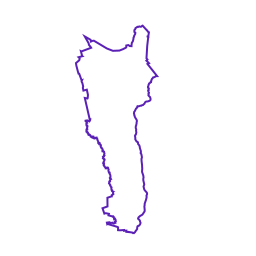 outline of Pesquería, Nuevo León, Mexico, rotated 70°
{"feature_id": "50627088B93761712113478", "entity_name": "Pesquería", "entity_type": "district", "adm_level": 2, "iso_a3": "MEX", "parent_name": "Mexico", "parent_adm1": "Nuevo León", "projection": "albers", "projection_center": [-99.931, 25.747], "detail": "fine", "context": "isolated", "style": "outline", "palette": "violet", "viewbox_px": 256, "rotation_deg": 70, "n_neighbors": 0, "source": "geoboundaries", "source_scale": "gbopen_adm2", "svg_char_len": 5901}
<svg xmlns="http://www.w3.org/2000/svg" viewBox="0 0 256 256"><g transform="rotate(70 128 128)"><path d="M228.8,158.4L228.3,157.1L227.3,155.9L227.0,155.2L226.3,154.4L226.1,154.0L224.3,153.2L223.6,152.6L223.5,152.0L223.6,151.7L223.6,151.3L222.9,149.9L222.1,149.1L221.2,148.6L220.0,148.7L219.0,148.5L217.7,149.0L217.2,149.4L216.6,149.5L216.3,149.3L215.8,148.9L215.5,148.5L214.7,146.4L214.6,145.1L214.2,143.9L212.0,140.9L210.9,140.4L207.2,139.4L206.3,138.8L204.8,138.2L201.7,135.7L199.8,134.4L199.0,134.0L198.1,133.9L196.5,132.6L195.5,132.4L194.9,132.5L192.1,133.6L191.3,133.7L190.5,133.7L189.4,133.5L188.5,133.5L186.5,132.0L182.4,131.5L180.9,131.0L179.8,130.3L177.9,129.9L174.0,129.8L170.5,128.3L169.9,128.2L167.8,127.5L163.9,126.6L161.6,125.9L160.9,125.3L160.2,124.9L157.3,124.4L155.8,124.7L155.3,124.2L154.0,123.8L151.0,123.7L149.6,123.4L148.2,123.3L146.8,123.9L146.3,123.9L146.0,123.8L145.0,123.6L144.2,123.8L143.9,124.4L143.4,124.6L142.1,124.9L141.0,125.0L139.8,124.5L137.7,124.1L137.3,123.5L136.9,123.3L136.6,122.7L135.1,121.7L133.1,121.3L132.3,120.8L130.5,120.7L128.9,120.0L128.5,119.5L127.9,119.2L126.7,118.4L125.9,118.1L124.4,117.2L123.1,117.1L121.5,117.5L119.6,117.8L118.9,117.6L117.9,117.7L117.3,117.4L116.5,117.5L115.0,116.7L114.6,116.0L112.5,113.8L111.9,112.4L111.1,112.0L110.8,111.7L110.8,111.4L111.3,110.5L111.3,108.7L111.6,107.8L111.4,107.3L111.5,105.9L111.1,105.2L110.8,104.2L109.8,103.3L109.4,102.3L109.4,101.7L109.8,100.3L109.8,98.5L109.7,98.0L109.2,97.2L108.2,96.8L106.5,96.7L105.3,97.3L104.5,97.6L104.1,97.6L103.3,97.0L102.8,97.0L102.7,96.7L102.0,96.2L101.3,96.4L99.7,96.3L99.4,96.0L99.4,95.6L97.7,95.3L97.4,95.2L97.5,95.0L97.4,95.0L96.6,95.3L95.9,95.0L95.3,94.3L94.4,93.9L93.8,93.2L93.4,93.0L93.3,92.2L92.8,91.3L92.5,91.0L92.7,90.6L91.4,89.9L90.7,89.3L90.0,88.6L89.6,87.7L89.1,87.2L89.1,86.9L89.2,86.1L89.2,85.4L88.8,84.1L89.2,82.9L74.5,87.8L74.3,86.1L71.4,87.5L71.4,87.3L70.9,87.5L70.3,86.3L68.9,86.8L68.4,86.6L57.5,81.9L50.7,78.5L49.7,77.8L48.9,78.4L48.7,78.3L49.0,77.7L45.2,75.6L44.4,76.3L42.9,76.6L42.8,76.8L37.0,79.2L37.0,79.5L36.8,79.6L37.3,81.1L36.9,82.1L36.4,82.7L36.5,84.0L36.1,84.6L36.4,85.4L36.7,86.8L37.7,87.5L38.1,88.4L38.4,88.6L39.8,89.1L40.3,89.1L40.6,88.7L40.9,88.5L42.0,89.0L43.6,90.8L44.3,91.1L44.8,91.8L46.6,92.7L48.3,93.9L49.2,95.2L51.2,96.3L52.3,96.7L51.6,98.3L50.2,99.3L49.9,101.4L51.5,102.0L51.8,102.5L52.2,105.7L52.3,109.6L50.3,115.8L46.1,120.6L34.3,130.2L33.9,132.1L34.1,133.2L32.3,133.0L27.2,137.3L34.9,136.0L36.5,136.3L39.0,135.4L40.0,135.2L40.1,145.6L39.7,146.0L44.0,146.4L44.6,146.5L44.9,146.3L44.6,150.2L45.6,149.7L46.3,149.7L47.7,150.7L49.2,154.7L51.8,155.2L58.2,155.8L60.0,155.9L60.3,155.3L67.1,155.3L67.1,155.1L67.4,155.1L67.4,154.9L68.1,155.6L69.1,155.7L70.1,155.5L73.6,155.9L74.8,156.7L77.6,157.1L77.9,153.6L83.2,154.3L86.0,155.6L86.4,156.0L85.0,158.3L106.5,161.0L106.8,160.4L107.7,160.9L108.6,162.0L106.9,163.7L106.6,165.4L106.9,165.5L107.5,164.7L107.9,164.6L108.2,164.9L109.2,164.7L109.3,165.5L110.8,166.0L111.4,166.1L111.7,165.5L112.3,165.4L112.6,165.9L113.1,165.9L113.9,166.3L114.0,166.5L114.6,166.6L114.4,166.8L115.5,167.7L116.1,167.7L116.4,168.0L116.9,167.7L117.1,167.7L117.3,167.8L117.5,168.2L118.0,167.9L118.5,167.3L118.9,167.6L119.1,167.4L120.9,167.5L121.6,166.6L121.2,166.3L121.5,166.1L122.5,165.7L123.4,166.0L123.8,165.5L124.2,165.3L123.9,164.0L124.2,163.5L124.9,163.8L125.5,163.6L125.6,164.0L125.7,163.9L125.6,163.3L125.8,162.6L126.4,162.8L126.6,161.5L126.3,161.1L126.3,160.9L126.8,161.0L127.2,160.6L127.6,160.8L128.0,160.6L129.0,160.8L130.7,160.6L131.3,160.7L131.7,161.1L132.2,161.1L132.5,160.9L132.8,160.5L132.6,160.3L132.2,160.1L132.3,159.8L132.6,159.8L133.0,160.0L133.4,160.4L133.6,160.5L134.0,160.0L134.1,159.6L134.4,159.4L135.1,159.4L135.5,159.6L135.9,160.0L136.6,160.0L137.1,160.0L137.5,159.5L138.2,159.7L138.9,159.2L139.4,159.1L140.6,159.5L140.7,159.9L141.2,160.0L141.4,159.6L141.2,159.4L141.2,159.1L141.7,158.8L142.1,158.6L142.5,158.8L143.6,158.8L144.1,158.9L144.5,159.4L145.3,159.8L145.5,159.9L145.8,159.6L146.2,160.1L146.4,160.2L146.4,161.1L146.8,161.0L147.1,161.4L147.8,161.9L148.2,161.5L148.7,161.5L148.9,161.0L149.2,160.8L149.8,160.8L150.7,161.5L151.1,162.2L151.9,162.7L152.4,162.6L152.4,163.2L152.5,163.4L152.9,163.4L153.3,163.0L153.7,162.9L154.1,163.1L154.6,163.6L155.3,163.5L155.9,163.1L156.5,163.2L157.3,162.8L157.5,162.5L158.1,162.7L158.2,162.1L158.5,162.1L158.5,161.5L158.1,160.9L158.4,160.4L158.6,160.4L159.6,160.5L160.4,160.4L161.1,160.9L162.1,161.1L162.5,161.0L163.3,161.2L163.6,161.1L163.7,160.5L163.8,160.5L165.0,160.9L165.7,160.7L167.2,160.9L168.1,161.3L168.1,161.5L168.6,161.8L168.7,162.1L168.8,162.1L169.0,161.6L170.0,161.5L169.8,162.2L170.4,162.2L170.7,162.4L171.3,163.0L171.4,163.3L171.6,163.4L172.0,163.3L172.1,163.9L172.4,163.9L172.6,164.2L173.1,164.4L173.2,164.6L173.4,164.7L173.6,164.4L174.8,164.5L175.3,164.2L175.4,164.3L175.6,164.4L175.9,164.3L176.0,163.9L176.0,164.2L176.3,164.2L176.4,164.3L176.8,164.1L177.4,164.2L177.9,164.1L178.2,163.8L179.3,164.4L180.4,164.6L180.7,164.4L180.8,164.6L181.4,164.6L181.8,164.3L181.7,164.6L181.9,164.6L182.7,163.9L183.2,163.9L183.5,164.1L185.1,164.4L185.1,164.6L185.0,164.8L185.3,165.0L185.5,165.4L185.7,165.8L185.6,166.2L186.6,166.6L186.5,166.8L186.6,167.0L186.5,171.2L194.7,174.1L194.7,179.4L200.4,179.5L200.4,178.1L202.1,175.3L203.4,176.2L205.7,173.0L205.5,172.9L205.8,172.9L206.1,172.7L205.7,172.7L205.8,172.2L206.5,171.8L208.3,172.1L208.1,171.7L208.3,171.4L208.8,171.5L209.0,171.3L209.4,171.5L209.9,171.3L210.0,171.1L211.7,171.4L211.9,171.9L211.7,172.4L212.7,172.4L212.6,172.7L212.9,173.1L212.9,173.7L212.6,174.3L212.1,174.8L211.8,174.8L211.6,175.0L211.5,176.1L211.2,177.0L210.3,177.5L210.1,178.2L209.7,180.2L211.2,180.4L211.1,180.1L217.0,172.2L217.9,171.3L220.6,172.3L221.5,170.2L222.5,166.6L223.2,166.9L223.9,164.6L225.0,165.1L226.3,162.4L226.2,162.4L227.8,159.6L228.4,159.3L228.4,158.8L228.8,158.4Z" fill="none" stroke="#5b21b6" stroke-width="2"/></g></svg>